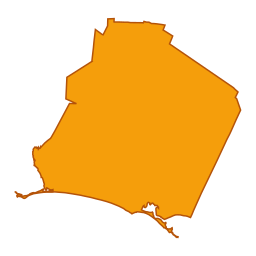 Empalme, Sonora, Mexico
{"feature_id": "50627088B92525339863236", "entity_name": "Empalme", "entity_type": "district", "adm_level": 2, "iso_a3": "MEX", "parent_name": "Mexico", "parent_adm1": "Sonora", "projection": "orthographic", "projection_center": [-110.763, 28.004], "detail": "fine", "context": "isolated", "style": "filled", "palette": "amber", "viewbox_px": 256, "rotation_deg": 0, "n_neighbors": 0, "source": "geoboundaries", "source_scale": "gbopen_adm2", "svg_char_len": 5592}
<svg xmlns="http://www.w3.org/2000/svg" viewBox="0 0 256 256"><path d="M190.5,217.5L192.1,214.1L193.5,210.6L201.3,193.2L216.8,161.0L226.9,139.4L229.7,134.0L231.1,131.0L236.3,119.3L240.6,110.1L236.7,98.8L235.3,97.5L238.0,92.0L235.0,89.3L234.1,88.4L233.6,87.8L169.5,43.9L171.8,38.4L172.0,37.8L172.7,36.0L163.1,30.0L165.0,25.1L162.3,24.6L157.2,23.9L154.2,23.6L151.4,23.5L149.0,22.2L146.2,22.1L144.0,21.4L143.4,22.8L140.7,22.7L131.8,22.6L130.5,22.6L127.8,22.2L124.5,22.2L118.4,22.0L114.3,22.0L114.0,21.9L114.1,18.6L107.8,18.9L107.6,25.9L103.1,34.8L101.9,34.3L95.4,29.5L94.0,41.6L93.4,48.0L91.9,61.1L92.1,61.3L66.9,77.3L65.9,98.9L71.1,101.2L75.2,103.1L76.5,103.6L69.5,103.5L54.8,131.1L51.5,136.9L50.5,138.4L47.3,140.8L46.7,141.4L45.0,142.8L40.7,147.4L40.5,146.9L40.3,147.5L40.2,147.5L40.0,148.3L38.8,148.4L38.6,148.7L38.6,147.8L38.5,147.7L38.3,147.1L37.4,148.5L36.5,148.0L36.9,147.5L36.4,147.2L36.1,147.7L35.0,147.0L33.8,148.4L33.4,148.9L33.2,149.4L33.2,149.7L33.3,150.2L33.2,151.0L32.8,151.5L32.8,155.0L33.2,155.5L33.4,156.0L33.1,156.4L33.1,156.9L33.4,157.7L33.5,157.8L33.6,158.3L33.7,158.8L33.9,158.8L33.9,159.9L34.1,160.7L34.5,160.8L34.7,160.7L34.8,160.5L34.6,160.3L34.6,159.8L34.9,160.1L34.8,160.3L34.9,160.8L34.5,161.0L34.2,162.3L34.6,164.7L34.6,164.8L34.4,164.8L34.2,165.0L34.3,165.1L34.1,165.2L34.2,165.5L34.6,165.6L35.2,166.0L35.5,166.3L35.5,166.5L36.0,166.7L36.4,167.1L36.9,167.8L37.1,167.9L37.4,167.9L37.8,168.5L38.1,169.1L38.0,170.0L37.9,170.3L38.1,170.6L39.5,172.5L40.2,173.6L40.3,173.9L40.4,174.1L40.5,174.6L40.8,175.2L41.1,176.0L41.1,176.3L41.2,177.3L41.5,177.2L42.0,177.5L42.4,178.0L42.7,178.8L42.8,179.0L43.0,179.4L43.1,180.0L43.4,180.8L43.5,181.5L43.7,181.8L43.8,182.8L44.2,183.3L44.2,184.1L44.3,184.2L44.3,184.7L43.9,185.8L44.0,185.9L44.1,186.5L44.2,187.0L44.6,188.0L44.6,188.3L44.7,188.5L44.4,188.8L44.8,188.6L45.0,188.6L45.1,188.8L45.3,189.2L45.3,189.4L45.4,189.6L46.1,190.1L46.2,189.8L46.8,189.0L46.7,188.1L46.5,187.9L47.2,188.3L47.3,188.3L46.9,188.0L46.9,187.9L47.4,188.1L49.6,189.5L50.4,189.8L51.6,189.9L52.1,189.7L52.3,189.8L52.5,189.8L52.9,189.6L53.0,190.8L52.9,191.0L51.9,191.3L51.8,191.2L51.3,191.4L50.9,191.4L50.5,191.2L50.2,190.8L50.0,190.7L49.1,190.9L48.3,191.3L47.7,191.4L46.2,191.5L45.6,191.5L43.8,191.6L43.3,191.4L43.2,191.3L43.0,191.2L42.9,191.0L42.7,190.7L42.8,190.6L43.0,190.6L42.9,190.3L43.0,190.0L42.9,189.8L43.0,189.4L43.3,189.4L43.2,189.1L41.8,189.8L41.0,190.4L39.7,191.0L39.2,191.1L35.5,192.7L34.8,193.0L34.0,192.6L32.4,192.8L31.1,193.3L29.8,193.9L29.6,194.1L29.3,194.5L28.8,194.8L27.0,195.5L26.3,195.7L25.2,195.7L22.4,196.3L22.0,196.3L21.3,196.0L21.0,195.8L20.9,195.7L21.0,195.6L20.7,195.3L20.4,195.1L20.1,194.9L19.9,194.7L19.6,194.6L18.9,194.0L19.2,194.1L19.3,194.1L20.0,194.4L20.5,194.4L21.4,194.6L21.5,194.7L21.4,194.8L21.6,194.9L21.6,195.2L21.8,195.1L21.8,194.9L21.7,194.7L19.7,194.1L18.9,193.8L17.6,193.7L17.2,193.5L16.7,193.1L16.6,192.6L16.3,192.6L15.9,192.0L15.4,191.9L15.4,192.1L15.8,192.1L16.1,192.6L16.4,192.7L16.3,193.1L16.7,193.6L16.9,193.7L17.2,193.6L17.5,193.8L17.7,194.3L17.8,194.8L17.8,195.1L17.7,195.3L17.5,195.6L17.2,195.7L16.9,195.7L16.9,195.8L16.9,196.2L17.3,196.9L17.4,197.0L17.6,196.9L17.8,196.6L17.9,196.2L18.0,196.2L20.7,196.7L21.2,196.8L23.5,198.2L24.0,198.4L24.4,198.4L25.0,198.2L25.6,197.9L28.0,196.0L29.4,195.2L33.6,193.7L40.0,192.7L43.3,192.3L46.6,192.1L52.4,192.1L54.6,191.9L65.0,192.7L71.6,193.7L80.5,195.2L84.0,196.0L91.2,197.5L96.1,198.8L101.5,200.1L106.5,201.5L111.4,203.1L118.8,206.1L123.6,208.5L125.9,210.3L128.8,211.6L130.1,212.6L131.3,213.2L131.6,213.7L132.3,213.7L132.7,213.4L135.2,212.3L136.3,212.3L136.6,212.0L136.9,211.8L138.5,211.9L141.1,212.2L142.0,212.4L143.5,212.5L146.0,213.3L148.8,214.6L151.9,216.7L155.2,219.2L157.5,221.1L159.5,223.4L163.1,226.7L163.9,227.8L164.8,227.8L165.8,228.6L166.9,229.2L168.4,231.1L169.0,232.0L169.4,232.5L170.0,232.4L170.3,232.2L170.7,232.3L171.2,232.4L171.8,232.8L172.2,233.2L172.7,233.9L173.3,234.8L174.0,235.2L174.4,235.3L175.0,235.9L175.7,236.8L176.2,236.9L176.7,237.4L177.2,237.3L177.9,237.4L178.0,236.7L176.5,236.5L174.3,235.0L172.9,233.7L172.2,232.8L173.2,233.0L172.2,232.5L171.9,231.9L171.6,231.3L171.5,230.6L172.1,229.9L172.3,229.3L172.1,227.8L171.5,228.1L170.6,229.0L170.1,228.9L169.4,228.9L168.8,229.0L168.1,229.0L167.8,228.8L167.1,228.7L166.6,228.6L166.3,228.3L166.3,227.6L166.2,226.9L165.6,226.1L165.1,224.6L165.4,224.3L165.6,224.0L166.0,223.0L165.7,222.5L165.4,222.7L164.9,223.0L164.5,223.0L163.3,222.7L162.5,222.0L161.9,221.4L161.4,220.5L160.4,219.4L159.6,219.4L159.3,219.0L158.7,218.7L157.7,218.4L156.1,218.5L155.4,218.4L154.6,218.1L153.6,217.0L153.9,216.9L153.5,215.4L152.9,214.4L153.0,213.0L152.7,212.6L152.4,212.1L152.1,212.3L150.0,212.5L148.7,212.2L147.6,211.9L145.8,211.7L142.4,210.4L141.5,209.7L143.0,206.4L143.5,205.8L144.0,205.5L144.0,206.2L144.2,206.9L144.4,207.3L145.1,207.6L145.6,207.4L146.5,206.5L147.0,205.2L147.2,203.6L148.0,202.5L148.3,202.3L149.7,202.9L149.7,204.1L149.9,204.6L150.3,204.8L150.7,204.5L151.4,203.5L152.3,203.1L152.9,203.2L153.4,203.7L153.4,204.0L154.7,204.8L154.8,205.5L155.7,205.5L156.5,205.5L157.0,205.4L157.7,206.2L157.7,206.4L157.8,206.5L158.2,206.8L158.5,207.1L158.5,208.1L158.1,207.6L157.7,207.3L157.1,207.3L156.1,208.0L155.9,208.7L155.9,209.5L156.1,211.7L156.3,213.7L156.3,214.6L156.6,215.1L156.9,215.4L157.3,215.6L157.7,215.6L158.1,215.8L158.5,215.7L160.7,216.7L160.9,217.2L161.4,217.2L162.5,218.4L163.2,218.5L164.3,219.4L165.8,218.9L168.0,217.9L170.4,217.0L173.2,215.7L174.6,215.2L175.6,214.9L177.7,214.8L180.3,214.9L183.5,215.7L185.7,215.9L187.4,216.3L190.5,217.5Z" fill="#f59e0b" stroke="#b45309" stroke-width="1.5"/></svg>